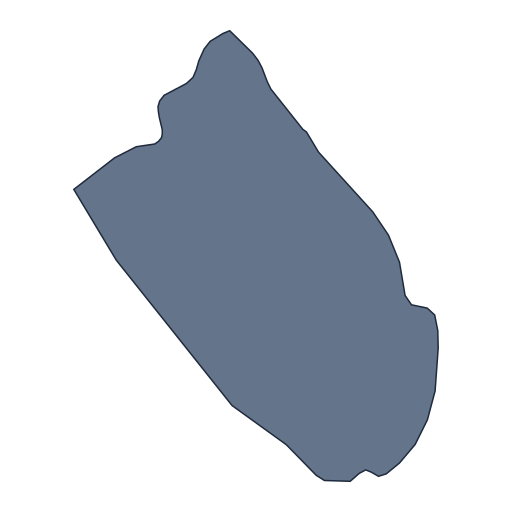 the Province of Trà Vinh
{"feature_id": "VNM-509", "entity_name": "Trà Vinh", "entity_type": "Province", "adm_level": 1, "iso_a3": "VNM", "parent_name": "Vietnam", "parent_adm1": "", "projection": "equal_earth", "projection_center": [106.315, 9.809], "detail": "fine", "context": "isolated", "style": "filled", "palette": "slate", "viewbox_px": 512, "rotation_deg": 0, "n_neighbors": 0, "source": "natural_earth", "source_scale": "10m", "svg_char_len": 764}
<svg xmlns="http://www.w3.org/2000/svg" viewBox="0 0 512 512"><path d="M229.7,30.7L252.6,53.2L258.1,60.4L262.0,67.8L267.3,81.8L270.9,89.1L302.8,129.3L306.4,131.9L318.6,152.2L372.8,211.9L388.5,235.2L399.5,262.2L405.1,295.5L411.5,304.8L427.2,308.1L434.7,315.0L437.8,330.7L438.2,348.1L435.1,391.0L427.4,419.8L415.2,444.4L399.5,463.0L386.2,473.9L378.5,476.3L371.4,472.2L365.7,469.9L359.2,473.4L350.2,481.3L324.4,480.5L316.2,475.3L286.3,444.7L232.1,405.6L116.3,260.2L73.8,189.4L114.6,157.8L136.3,146.7L154.7,144.0L158.6,141.3L161.6,137.5L162.3,133.7L162.2,129.4L159.4,117.9L158.4,111.9L158.0,106.7L159.6,101.1L164.1,95.3L186.4,83.5L193.0,77.4L196.3,69.7L198.8,60.8L204.2,48.9L210.2,41.3L222.9,33.5L229.7,30.7Z" fill="#64748b" stroke="#1e293b" stroke-width="1.5"/></svg>